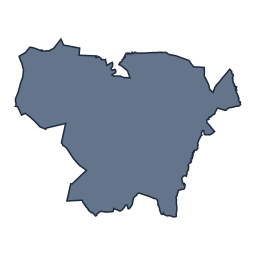 Chapa de Mota, México, Mexico (Robinson projection)
{"feature_id": "50627088B57428074978837", "entity_name": "Chapa de Mota", "entity_type": "district", "adm_level": 2, "iso_a3": "MEX", "parent_name": "Mexico", "parent_adm1": "México", "projection": "robinson", "projection_center": [-99.535, 19.819], "detail": "fine", "context": "isolated", "style": "filled", "palette": "slate", "viewbox_px": 256, "rotation_deg": 0, "n_neighbors": 0, "source": "geoboundaries", "source_scale": "gbopen_adm2", "svg_char_len": 5734}
<svg xmlns="http://www.w3.org/2000/svg" viewBox="0 0 256 256"><path d="M229.8,69.2L229.2,69.8L227.0,72.6L223.8,76.3L222.5,77.7L219.3,82.0L216.8,84.6L215.7,86.1L214.9,87.6L213.8,90.3L213.2,92.4L212.4,91.7L212.0,91.6L210.5,90.1L209.9,90.0L209.0,86.2L208.5,84.4L206.0,79.2L204.5,76.6L204.2,75.2L204.4,71.5L204.2,67.4L202.6,67.4L199.2,67.0L198.1,67.1L196.8,66.9L196.1,67.1L193.5,66.7L191.4,64.0L189.0,60.5L175.7,55.7L168.8,54.4L168.0,53.9L166.3,52.4L162.5,52.4L161.6,52.7L161.4,52.2L155.2,52.6L153.4,52.5L146.2,53.0L138.5,53.2L137.2,53.1L135.0,52.3L135.0,52.6L133.8,53.5L133.0,53.4L132.8,52.3L132.2,52.3L132.1,53.3L131.7,53.3L131.5,53.2L131.1,53.7L130.4,54.2L129.1,53.0L128.3,54.0L127.9,53.5L127.7,53.6L127.1,53.0L126.0,54.3L125.7,53.9L125.0,55.3L124.9,55.8L125.1,56.2L124.9,56.3L124.8,57.2L124.3,57.2L124.5,57.7L123.7,57.8L123.5,58.7L123.1,59.1L122.1,59.8L122.1,60.9L121.1,61.6L120.3,62.7L120.0,62.5L118.9,64.6L121.3,65.7L126.8,70.2L127.5,70.9L130.0,77.8L123.5,77.5L120.5,76.1L117.3,76.0L114.4,76.2L111.9,74.9L113.7,73.6L115.5,72.7L115.8,71.9L115.8,71.2L115.4,69.7L115.2,69.5L114.5,69.4L113.9,69.7L113.1,69.7L112.7,70.1L112.2,70.2L112.0,69.8L111.5,69.6L111.3,69.1L111.1,68.6L111.2,67.9L111.4,67.6L112.4,66.8L112.5,66.3L112.5,65.4L112.8,63.7L112.2,62.3L106.9,65.4L105.4,59.4L104.6,59.8L103.6,59.7L102.8,59.7L102.6,59.6L101.4,59.7L101.4,59.1L101.1,58.3L100.3,58.0L99.1,56.8L98.7,56.7L98.4,56.7L97.7,57.2L97.3,57.2L96.3,57.7L95.8,57.5L95.7,57.4L96.0,57.2L96.5,56.5L96.7,56.0L79.1,55.2L79.7,48.1L63.6,45.1L60.9,39.1L54.7,47.1L53.1,48.9L52.7,48.9L51.2,49.6L50.8,49.6L50.4,50.0L50.3,50.3L49.3,50.9L47.0,50.8L44.6,51.0L42.5,51.3L42.2,51.2L42.3,50.4L42.0,50.4L41.8,50.0L41.0,50.0L40.9,50.4L40.5,50.6L39.3,50.1L38.4,49.5L36.9,49.1L35.5,48.5L31.7,47.4L29.6,47.3L28.8,48.6L26.9,50.7L25.7,52.4L19.1,56.3L20.6,60.6L21.9,63.4L22.9,67.8L23.5,69.6L22.9,76.6L20.7,82.7L17.9,93.2L17.7,93.3L15.5,98.9L15.4,101.2L16.0,102.7L15.9,105.5L15.9,106.2L15.7,106.3L17.6,106.6L20.4,112.4L21.6,115.1L25.3,113.3L28.7,116.0L30.1,117.0L35.3,121.8L40.1,126.9L45.8,129.3L46.3,128.1L65.7,123.4L61.4,142.8L62.5,144.2L62.8,145.4L64.3,146.2L65.8,147.3L66.8,148.4L73.5,158.7L79.3,165.2L86.4,170.3L72.1,184.0L70.7,183.8L66.9,201.0L82.3,200.2L82.4,201.2L83.1,202.7L84.1,204.0L84.6,204.1L84.6,205.1L85.7,205.4L85.8,206.7L86.2,206.7L87.0,207.7L87.9,208.4L87.7,208.8L88.1,209.2L88.0,209.4L89.4,211.2L90.8,211.9L91.1,212.1L91.3,212.8L92.0,212.5L92.5,212.6L95.6,215.9L96.2,215.4L96.2,215.6L96.8,215.2L96.6,214.3L100.5,211.3L106.2,212.1L113.1,211.6L113.9,208.4L115.0,209.0L116.8,209.7L119.6,211.0L120.5,210.9L121.3,210.4L122.4,209.5L124.4,207.2L125.5,205.3L126.1,205.0L126.5,205.0L126.8,205.2L127.3,205.9L128.0,208.6L128.3,208.8L128.9,208.8L130.1,207.8L131.4,205.9L132.1,204.6L132.5,203.3L133.4,198.1L134.6,196.7L136.4,195.4L137.0,194.3L138.6,193.0L138.9,193.0L148.6,196.2L154.3,198.6L155.2,198.6L156.1,198.9L156.7,199.2L157.5,200.9L158.0,202.7L158.1,203.4L157.8,204.2L157.7,204.6L158.9,206.5L159.6,208.9L159.9,210.6L160.9,213.5L161.6,214.2L161.9,214.3L162.6,214.4L162.8,214.2L163.4,213.3L163.4,213.6L164.0,214.5L166.2,215.6L166.7,215.6L167.2,215.9L169.6,215.6L170.3,215.8L173.1,216.9L175.9,216.7L176.3,216.3L176.4,215.8L176.2,214.9L176.3,213.5L176.5,211.6L176.8,210.2L176.9,208.0L176.3,202.6L176.5,199.9L176.0,196.9L176.7,196.3L177.2,195.1L177.2,194.4L177.4,193.5L178.1,192.3L178.2,190.8L178.3,190.4L181.5,189.5L184.1,189.0L184.6,187.8L185.1,185.8L185.1,184.8L184.5,183.7L183.7,184.4L183.4,183.7L183.4,183.1L182.5,182.8L182.3,182.2L182.4,180.9L182.2,180.6L181.7,178.6L181.8,178.0L182.3,177.4L182.7,177.0L183.2,176.2L183.5,176.0L184.4,175.8L185.2,175.8L186.3,176.2L186.5,174.9L186.9,174.3L187.0,173.7L186.8,172.8L187.0,172.2L187.9,170.7L188.0,169.9L188.5,169.4L188.5,167.6L188.7,166.5L188.1,166.0L188.1,165.6L189.3,163.2L190.1,162.8L190.7,162.8L191.3,161.7L191.5,161.0L191.0,160.8L190.8,160.4L191.0,159.5L191.0,158.7L191.4,158.4L192.1,158.7L192.3,157.6L192.7,157.1L192.8,156.9L192.2,156.3L192.1,155.5L192.3,155.3L193.0,155.3L193.1,155.0L193.1,154.7L192.5,154.5L192.4,154.3L193.2,153.3L193.2,153.1L192.9,152.9L193.4,152.7L193.1,152.5L193.2,152.0L193.4,151.9L193.7,151.9L193.7,151.2L193.9,151.0L194.4,151.2L194.7,150.4L194.8,150.2L195.3,150.3L196.7,149.9L197.9,148.2L197.6,146.7L197.6,145.9L198.0,145.0L198.1,144.5L197.6,143.5L197.7,143.0L198.4,141.6L198.9,139.6L200.1,137.8L200.2,136.9L200.4,136.4L201.9,135.4L201.6,134.8L201.6,134.3L201.3,133.6L201.3,133.3L201.4,132.8L201.7,132.4L201.9,131.6L202.3,131.2L202.6,130.5L203.1,130.3L204.0,131.3L204.2,133.9L204.4,134.4L204.8,134.7L210.1,134.8L211.4,134.0L213.1,132.8L214.6,131.6L211.6,128.1L210.6,126.6L207.4,123.1L207.0,122.8L206.7,120.9L207.2,119.5L207.6,119.1L208.6,119.5L208.9,119.4L208.8,117.8L208.9,117.2L209.2,117.1L210.3,117.1L210.8,117.0L211.5,116.1L212.9,114.8L214.5,114.1L214.8,113.6L215.3,112.0L216.6,109.7L216.9,108.8L217.2,108.5L217.7,108.2L218.1,108.1L220.7,109.0L224.4,110.1L225.1,110.4L226.3,110.1L226.5,109.4L227.0,109.0L228.3,108.5L228.5,108.0L234.2,106.9L234.5,106.7L235.2,106.5L237.2,106.2L238.4,106.2L239.7,105.4L240.6,104.6L240.2,103.2L240.0,102.9L240.3,102.6L240.4,102.0L238.9,101.2L238.6,99.1L238.9,98.9L239.0,98.5L238.6,97.5L238.2,96.8L238.3,96.4L238.2,96.1L237.9,96.0L237.9,95.8L238.0,95.6L236.9,93.0L236.6,92.7L236.3,92.6L236.2,91.6L236.0,90.9L236.0,90.7L236.8,90.2L236.7,90.1L235.8,90.2L235.7,90.0L236.1,88.8L235.9,88.7L235.5,89.0L235.4,88.6L235.5,88.4L236.5,87.7L236.6,87.3L236.6,86.8L235.8,86.5L235.0,86.7L234.7,86.6L234.5,86.4L234.6,86.2L234.8,85.9L234.8,85.6L234.1,85.2L234.3,84.1L233.1,82.5L233.2,81.5L232.7,80.5L233.0,78.9L232.3,78.0L232.6,77.0L233.1,76.6L233.2,76.2L233.3,75.4L232.6,73.9L231.9,73.7L231.7,72.7L231.7,71.3L230.4,70.0L229.8,69.2Z" fill="#64748b" stroke="#1e293b" stroke-width="1.5"/></svg>